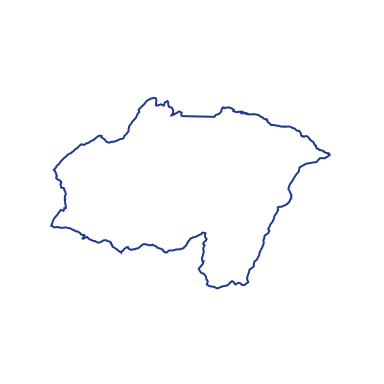 outline of Chupaca, Junín, Peru, rotated 232°
{"feature_id": "86281439B55611133848114", "entity_name": "Chupaca", "entity_type": "district", "adm_level": 2, "iso_a3": "PER", "parent_name": "Peru", "parent_adm1": "Junín", "projection": "equal_earth", "projection_center": [-75.432, -12.21], "detail": "fine", "context": "isolated", "style": "outline", "palette": "blue", "viewbox_px": 384, "rotation_deg": 232, "n_neighbors": 0, "source": "geoboundaries", "source_scale": "gbopen_adm2", "svg_char_len": 6048}
<svg xmlns="http://www.w3.org/2000/svg" viewBox="0 0 384 384"><g transform="rotate(232 192 192)"><path d="M140.0,322.0L142.1,320.7L142.9,321.0L143.6,320.5L144.2,320.3L145.8,319.1L146.4,318.3L147.8,318.2L148.6,317.8L149.0,317.3L151.1,317.3L151.9,318.0L153.0,318.0L153.5,317.6L154.6,318.1L155.5,318.0L155.9,318.2L156.9,318.3L159.6,317.3L160.6,317.5L161.8,317.2L164.0,317.4L165.5,316.8L165.9,316.2L166.9,313.9L167.4,313.5L168.0,313.7L168.7,312.8L169.7,313.0L170.5,313.6L172.2,314.1L174.4,314.0L175.4,312.6L179.5,311.7L179.9,311.1L181.5,310.2L182.3,310.1L184.3,308.3L186.3,305.2L186.9,305.1L187.2,304.3L188.3,303.0L189.5,301.8L190.8,301.1L192.5,299.1L193.6,298.5L196.2,295.5L197.9,295.6L198.6,295.1L200.1,295.1L200.7,294.7L202.2,295.6L202.6,295.2L203.5,295.6L204.1,294.5L206.2,293.5L207.0,293.6L209.7,292.3L212.0,291.7L215.3,288.6L217.8,284.9L218.3,284.4L218.7,284.4L219.1,283.8L219.6,283.9L220.0,282.9L220.9,283.1L221.1,282.5L221.5,282.7L222.1,282.2L222.7,281.5L222.4,280.9L222.6,280.5L223.2,281.4L224.1,281.1L224.3,280.0L224.7,280.6L225.0,280.4L225.0,279.6L225.3,279.7L225.5,280.2L225.6,279.0L226.1,278.7L226.9,277.6L227.2,276.7L228.0,275.9L230.3,274.3L230.6,274.5L230.7,275.4L231.1,275.6L231.8,275.1L233.4,274.9L234.6,273.9L236.0,273.3L236.2,272.5L237.5,270.9L238.1,269.0L238.4,268.8L239.0,269.0L239.5,268.6L239.7,268.2L239.2,266.7L237.5,264.6L237.0,263.1L236.9,261.2L238.1,258.2L238.0,257.2L237.4,256.0L257.9,230.9L258.9,230.8L259.7,231.2L261.0,232.7L263.3,231.5L263.6,230.9L263.6,228.9L263.9,228.1L264.2,225.1L265.0,223.2L266.0,225.7L266.9,226.7L268.6,227.7L271.0,227.9L273.5,226.3L276.0,227.4L277.5,228.6L278.7,228.6L279.1,226.8L279.2,225.3L277.7,223.7L277.5,222.8L280.2,221.5L281.6,217.6L282.2,217.0L282.9,217.2L286.4,220.6L288.1,221.2L289.2,220.5L290.8,217.4L291.7,212.6L290.7,208.9L289.8,201.0L289.4,200.3L287.6,199.8L287.4,199.3L287.3,198.0L286.9,196.9L285.3,194.1L284.9,193.1L284.1,187.7L283.4,186.5L282.7,183.6L282.0,182.2L281.5,182.0L280.2,180.3L278.8,179.2L278.5,177.1L278.1,176.3L277.8,173.1L276.8,171.7L276.6,170.7L276.8,169.9L277.9,168.2L278.9,163.4L279.8,161.6L279.9,160.8L280.7,160.1L281.1,159.4L281.7,157.4L283.1,156.1L284.6,155.5L287.4,155.5L288.8,155.1L289.1,154.8L290.4,154.7L291.2,154.4L291.9,155.2L292.6,154.4L293.2,154.1L293.6,152.9L293.8,150.2L293.6,146.2L294.3,144.2L294.4,141.5L294.8,139.7L295.3,139.0L295.3,137.9L295.5,136.3L295.8,135.7L297.0,134.7L297.3,134.7L297.8,133.9L297.7,130.6L297.2,129.3L297.6,126.7L297.1,123.6L297.3,122.2L297.1,120.7L297.6,119.2L297.8,117.5L297.8,115.8L297.4,113.5L297.6,112.6L296.9,107.6L296.1,104.9L295.8,102.6L296.0,101.4L295.2,100.4L294.5,96.7L293.2,97.0L290.0,96.2L288.9,95.6L288.0,95.5L287.5,95.0L287.1,93.8L286.7,93.6L284.8,93.7L283.5,94.6L281.2,95.2L280.7,94.8L279.7,94.7L279.4,93.6L278.9,93.0L275.8,91.6L274.4,93.2L273.3,93.4L272.2,92.6L270.1,92.2L268.0,91.3L267.1,89.6L266.0,88.3L265.2,88.0L264.6,87.5L264.2,87.5L264.1,86.9L257.9,83.4L257.0,82.7L257.9,81.3L256.9,80.4L256.3,79.1L258.7,77.7L256.8,71.1L256.3,68.2L255.2,65.2L252.0,60.3L251.0,61.1L249.2,61.4L247.9,63.2L247.9,63.5L247.0,64.4L247.1,64.8L245.1,66.0L242.7,69.1L241.9,70.7L239.4,72.5L238.5,73.7L237.5,73.9L233.8,75.9L232.8,76.0L231.6,77.3L229.0,78.5L227.4,78.5L225.6,79.1L224.3,80.7L224.0,80.6L223.3,79.3L222.8,77.2L222.2,77.3L221.4,81.4L221.0,81.7L218.7,81.8L217.4,82.4L214.2,84.1L213.1,85.3L211.3,86.0L210.0,86.8L209.1,88.0L208.5,90.6L208.4,92.4L207.4,94.1L206.8,94.7L205.1,95.4L203.7,96.5L202.7,97.0L201.7,96.9L201.0,96.2L200.4,96.5L199.1,96.4L198.2,95.7L197.6,95.7L196.4,96.4L194.4,96.9L193.2,97.6L191.7,97.6L190.6,98.1L189.8,98.0L188.4,99.1L187.9,99.0L188.5,100.1L188.2,101.0L188.8,103.4L188.6,106.9L187.8,107.7L187.1,107.2L186.2,107.2L185.3,107.8L184.3,108.0L183.5,109.1L182.8,111.1L181.9,111.9L181.8,113.2L181.3,113.9L180.8,115.6L181.0,120.7L180.5,121.9L179.2,123.7L178.3,123.9L177.5,124.8L176.1,125.7L175.7,126.6L175.4,126.7L174.9,128.4L173.9,128.5L173.1,129.3L171.5,130.1L168.8,130.7L166.8,132.3L165.7,132.7L165.0,133.4L163.8,133.1L162.7,133.4L162.0,133.2L161.0,133.6L160.6,134.3L159.9,134.7L160.0,137.2L159.9,138.2L157.7,140.9L157.2,142.5L156.1,144.7L155.3,146.0L154.4,146.7L153.9,148.5L153.0,150.3L153.1,151.4L153.4,152.3L153.4,154.0L153.6,154.9L155.0,157.7L155.1,158.6L155.6,159.1L155.7,160.8L156.1,161.5L156.3,162.2L155.8,163.4L155.6,165.0L154.6,166.9L154.2,168.4L154.2,169.5L153.7,170.6L153.6,171.7L153.0,173.4L153.6,174.7L153.3,175.6L151.7,177.0L151.2,177.2L150.4,175.8L148.8,174.8L147.3,174.5L146.2,174.7L145.8,174.5L145.2,173.1L145.0,170.3L144.5,169.1L143.9,168.8L143.2,168.8L142.7,169.2L142.3,169.2L141.3,167.1L140.5,166.1L138.9,165.0L137.9,164.8L136.2,162.5L135.3,161.6L133.9,159.2L133.0,158.5L131.4,157.7L130.9,157.7L130.2,158.4L129.9,157.3L128.7,156.6L128.4,154.3L127.8,152.9L127.8,151.2L127.3,149.9L122.8,149.4L122.0,149.7L120.8,150.8L119.2,151.1L117.2,150.9L116.2,150.7L114.3,149.5L113.2,149.7L112.0,149.4L111.3,148.8L110.0,146.7L107.2,147.7L103.5,151.1L100.5,152.5L98.8,158.1L96.8,161.9L96.7,164.6L97.1,166.2L97.1,168.7L95.3,169.4L92.9,169.1L92.4,169.3L91.7,172.9L90.0,174.1L88.2,174.1L87.4,174.7L86.8,175.6L86.3,176.7L86.5,178.2L86.2,180.6L86.4,181.0L88.9,181.5L90.4,182.6L92.1,184.9L93.6,187.4L95.1,189.1L95.4,189.8L95.2,192.5L95.4,194.8L97.5,196.8L98.8,198.5L98.7,201.2L100.2,204.6L101.0,206.2L102.3,207.5L103.3,209.2L105.1,213.2L107.0,216.4L108.2,217.5L110.2,218.7L110.8,220.1L112.7,222.1L112.9,223.1L112.7,226.3L112.8,227.4L113.4,228.0L113.7,229.0L116.1,229.3L116.8,231.4L118.2,233.8L119.0,237.1L121.2,241.1L122.0,241.6L122.6,242.8L123.0,244.8L124.6,248.5L124.8,248.8L126.9,249.8L127.0,250.8L126.9,251.1L125.2,253.7L124.3,257.5L124.0,259.4L124.3,262.6L125.4,264.5L126.0,266.5L127.3,267.0L127.7,268.0L128.1,268.4L131.2,269.0L132.4,269.5L134.4,269.6L135.2,270.0L135.8,270.8L137.8,273.8L139.0,277.8L141.6,284.7L142.4,288.8L145.2,291.9L144.0,299.4L139.0,308.6L139.0,309.2L139.5,310.6L139.5,312.1L139.9,313.3L139.6,314.1L136.9,317.3L136.8,317.8L136.4,321.5L136.4,323.0L137.2,322.9L137.1,323.6L137.4,323.7L137.7,323.1L138.6,323.4L140.0,322.0Z" fill="none" stroke="#1e3a8a" stroke-width="2"/></g></svg>